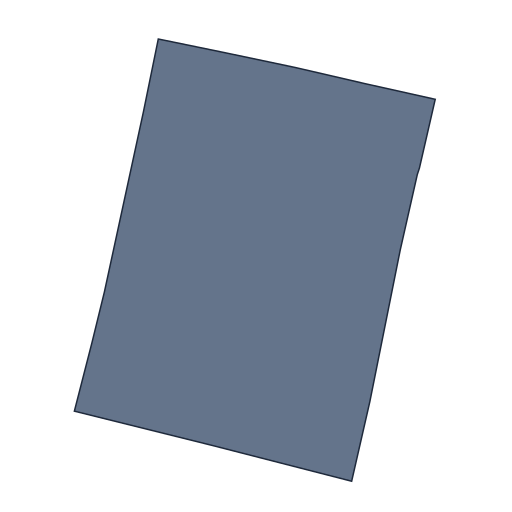 outline of Washtenaw, Michigan, United States of America, rotated 284°
{"feature_id": "52423323B44237705937430", "entity_name": "Washtenaw", "entity_type": "district", "adm_level": 2, "iso_a3": "USA", "parent_name": "United States of America", "parent_adm1": "Michigan", "projection": "robinson", "projection_center": [-83.81, 42.253], "detail": "fine", "context": "isolated", "style": "filled", "palette": "slate", "viewbox_px": 512, "rotation_deg": 284, "n_neighbors": 0, "source": "geoboundaries", "source_scale": "gbopen_adm2", "svg_char_len": 359}
<svg xmlns="http://www.w3.org/2000/svg" viewBox="0 0 512 512"><g transform="rotate(284 256 256)"><path d="M61.5,117.3L61.6,258.7L60.6,403.3L142.2,401.7L296.7,394.5L374.1,392.8L380.8,393.3L451.4,392.0L449.6,320.0L448.4,248.6L445.8,178.3L442.9,108.7L368.5,111.9L184.3,117.6L132.4,117.8L61.5,117.3Z" fill="#64748b" stroke="#1e293b" stroke-width="1.5"/></g></svg>